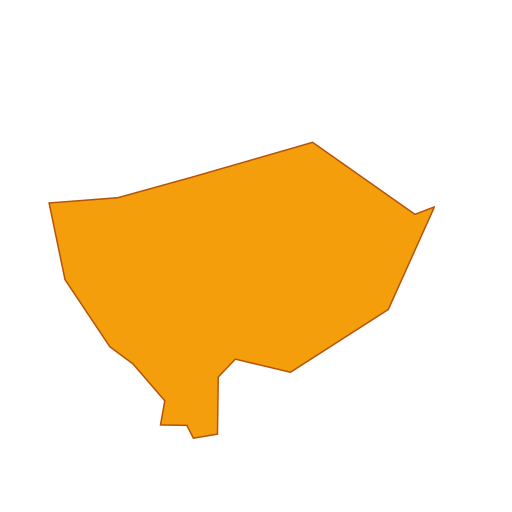 Parker'S Hill, Castries, Saint Lucia, rotated 63°
{"feature_id": "8701671B66024605882248", "entity_name": "Parker'S Hill", "entity_type": "district", "adm_level": 2, "iso_a3": "LCA", "parent_name": "Saint Lucia", "parent_adm1": "Castries", "projection": "orthographic", "projection_center": [-60.99, 14.004], "detail": "fine", "context": "isolated", "style": "filled", "palette": "amber", "viewbox_px": 512, "rotation_deg": 63, "n_neighbors": 0, "source": "geoboundaries", "source_scale": "gbopen_adm2", "svg_char_len": 407}
<svg xmlns="http://www.w3.org/2000/svg" viewBox="0 0 512 512"><g transform="rotate(63 256 256)"><path d="M114.8,416.3L190.3,436.9L270.6,427.4L296.3,414.6L343.6,403.0L363.2,417.8L375.5,394.5L389.9,394.5L397.2,371.2L346.7,344.6L338.5,321.3L375.2,278.1L363.7,162.4L294.7,76.5L293.2,75.1L291.0,95.5L180.4,154.0L156.9,276.0L141.3,352.7L114.8,416.3Z" fill="#f59e0b" stroke="#b45309" stroke-width="1.5"/></g></svg>